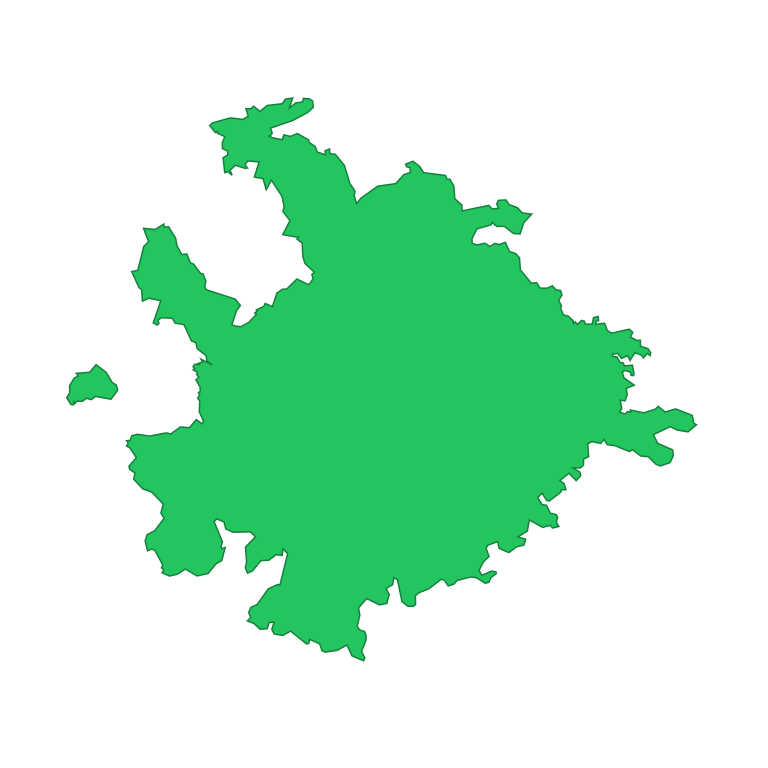 outline of Chiautla, Puebla, Mexico, rotated 5°
{"feature_id": "50627088B89573035265708", "entity_name": "Chiautla", "entity_type": "district", "adm_level": 2, "iso_a3": "MEX", "parent_name": "Mexico", "parent_adm1": "Puebla", "projection": "orthographic", "projection_center": [-98.6, 18.284], "detail": "fine", "context": "isolated", "style": "filled", "palette": "green", "viewbox_px": 768, "rotation_deg": 5, "n_neighbors": 0, "source": "geoboundaries", "source_scale": "gbopen_adm2", "svg_char_len": 6152}
<svg xmlns="http://www.w3.org/2000/svg" viewBox="0 0 768 768"><g transform="rotate(5 384 384)"><path d="M187.8,141.7L194.0,148.2L196.3,147.1L196.3,148.7L203.9,151.4L201.9,157.4L202.5,163.6L207.7,165.3L208.5,169.3L204.0,172.6L206.9,187.3L210.0,186.1L214.5,189.3L212.0,184.5L216.9,179.0L226.8,181.3L229.2,180.7L226.3,177.6L228.8,173.7L240.2,173.7L236.8,189.2L245.7,190.0L249.7,200.7L254.0,190.6L266.2,206.3L269.0,216.1L268.3,221.0L276.1,229.4L270.1,244.0L286.1,245.4L284.7,247.3L290.2,250.7L292.0,264.1L294.9,271.0L304.8,278.6L302.6,281.2L304.2,285.4L300.4,291.7L288.0,287.0L278.9,297.8L274.7,298.4L269.4,302.7L266.1,316.5L258.5,314.2L257.5,317.2L250.3,321.4L251.5,322.3L249.1,324.6L250.9,325.7L243.7,334.6L236.5,339.3L232.1,339.4L227.3,338.4L230.8,323.5L234.1,318.3L228.4,312.4L198.7,305.6L196.9,302.8L197.6,297.0L194.2,290.1L191.4,289.7L184.0,281.2L180.6,280.3L176.2,271.6L171.2,272.7L165.7,264.3L163.7,256.9L155.7,246.1L151.5,246.9L150.7,243.8L142.6,250.0L130.9,249.9L137.1,262.8L132.7,267.9L128.8,292.3L122.9,294.0L131.5,309.3L134.3,311.0L136.1,322.5L142.5,319.0L154.4,320.5L148.8,343.3L152.9,345.0L154.5,343.4L153.4,340.0L156.5,337.4L167.4,336.9L170.6,341.6L179.6,342.3L188.4,357.9L193.0,359.2L194.8,365.1L204.3,371.2L205.4,376.2L211.1,380.0L199.5,375.2L201.3,377.8L196.9,379.8L198.0,380.8L193.7,380.8L192.3,383.5L194.2,384.8L192.6,386.5L197.2,388.6L196.5,390.7L198.9,393.3L196.3,396.3L201.1,403.1L201.5,407.2L199.8,409.2L201.5,410.7L199.6,414.4L201.9,416.9L202.4,427.8L207.5,436.8L206.2,439.5L200.1,435.9L193.9,444.5L184.9,444.5L176.0,452.3L171.2,451.7L155.0,456.3L142.8,455.6L137.3,457.4L136.0,462.3L132.5,463.0L134.4,465.2L132.9,468.3L136.3,469.7L143.7,478.9L137.1,488.1L138.1,491.2L143.7,494.4L142.9,500.6L152.8,509.5L162.0,511.9L174.6,522.9L173.0,531.9L176.6,537.0L168.4,550.1L161.2,554.7L159.7,561.0L163.0,570.8L167.2,568.5L170.2,569.7L179.3,583.4L178.4,586.5L180.8,588.3L179.4,591.4L187.2,594.0L194.5,591.6L202.3,585.7L214.5,591.5L225.3,588.1L232.4,577.7L237.8,574.0L240.0,560.7L237.1,562.2L235.8,560.7L236.8,555.2L226.8,536.0L229.0,532.9L236.7,535.4L239.0,542.2L246.7,544.8L263.7,542.9L269.3,547.3L260.2,558.6L262.7,573.5L261.8,579.1L264.5,584.3L269.3,581.7L276.7,570.7L284.7,569.6L291.3,563.5L297.5,563.6L297.6,557.0L302.8,561.4L297.8,593.7L295.8,592.9L286.6,598.1L276.7,614.9L270.9,618.1L269.1,623.3L271.6,628.3L268.5,631.9L275.3,633.9L281.9,639.1L288.9,638.0L290.6,631.3L295.3,631.0L293.6,638.1L296.4,642.6L305.1,643.3L312.5,638.3L329.5,649.7L331.6,648.9L332.3,644.9L342.6,648.5L345.4,655.0L348.6,656.3L360.9,653.3L369.7,647.1L375.8,657.6L387.9,661.5L388.8,658.4L384.9,652.5L388.5,640.3L387.8,635.3L386.2,632.2L381.0,631.0L378.4,627.6L380.1,616.6L378.2,609.2L385.4,599.3L398.7,604.4L405.9,602.4L407.5,593.2L403.9,587.6L410.1,583.2L410.6,576.0L414.5,577.8L420.9,599.3L427.4,603.4L432.6,603.0L434.7,600.8L433.7,592.3L436.7,589.1L446.8,583.9L457.9,573.6L461.2,574.1L465.6,579.6L471.2,577.2L473.8,573.4L487.3,568.6L493.0,569.0L502.3,573.7L505.9,572.3L507.4,567.5L512.4,563.1L511.8,561.3L507.5,561.0L498.1,566.0L494.9,561.4L498.6,552.4L503.7,546.7L500.0,538.8L501.5,535.5L511.0,531.1L513.0,537.7L523.0,541.1L530.3,534.7L537.4,532.3L538.7,526.3L530.7,524.7L539.6,518.0L540.6,506.8L554.5,513.0L562.2,510.3L564.3,512.8L570.6,510.7L567.7,506.7L568.6,501.8L567.0,499.1L560.9,498.2L556.4,490.7L551.9,490.3L547.1,483.8L550.9,478.9L556.3,485.9L559.0,486.0L569.7,476.2L570.0,473.9L574.5,473.4L572.1,467.6L567.7,464.8L576.0,456.8L583.9,463.5L587.9,458.2L586.9,454.8L579.6,451.1L587.0,450.5L589.8,447.3L589.4,441.3L594.2,438.6L592.1,425.8L596.1,423.3L605.1,424.3L607.8,420.1L611.9,425.0L619.5,425.3L634.4,429.9L637.2,427.8L646.1,433.4L653.7,433.4L661.6,440.1L666.4,441.6L675.9,437.3L678.4,430.3L677.3,424.5L661.8,419.2L656.8,411.0L672.9,401.5L679.7,404.3L691.0,405.2L698.9,397.3L696.0,396.1L693.8,388.4L676.7,383.4L666.5,387.4L659.2,382.4L656.2,385.6L645.1,390.1L631.7,388.4L632.2,390.5L629.2,390.1L626.6,392.9L621.3,391.5L623.0,387.6L620.7,379.5L625.6,379.8L627.2,373.6L625.8,367.2L633.4,363.4L622.6,357.0L620.4,351.8L622.6,349.5L628.5,350.7L629.4,353.9L631.7,353.9L632.2,352.0L629.8,343.6L622.0,345.1L620.4,342.1L617.2,342.0L613.8,336.7L609.4,336.6L609.1,334.4L613.9,333.1L618.4,337.9L624.1,334.5L627.1,339.1L631.2,330.9L638.2,333.0L640.0,335.4L643.7,330.6L646.6,332.5L647.0,329.7L644.0,325.8L636.2,324.0L635.6,318.0L632.0,318.6L625.5,315.8L627.3,310.9L623.5,308.0L606.4,313.5L601.9,311.4L598.4,304.2L589.7,306.1L589.8,302.8L592.3,302.3L591.4,298.0L587.0,299.7L586.1,306.3L579.3,306.8L578.2,304.0L575.3,303.4L571.4,307.9L569.2,305.4L567.3,307.3L566.9,304.5L561.8,300.4L556.7,299.5L553.2,292.9L554.0,290.8L550.7,285.4L553.5,280.0L551.8,275.5L547.1,275.2L543.0,271.5L538.5,274.3L531.2,274.9L527.1,269.7L522.0,270.8L509.9,258.4L508.0,246.5L503.8,242.6L497.3,241.0L492.6,232.3L486.4,235.0L481.9,234.4L477.8,237.8L472.2,235.0L464.2,237.4L459.6,236.1L459.0,231.5L463.0,221.5L476.8,216.1L477.5,213.7L482.7,217.2L490.0,216.4L499.9,222.8L506.5,222.7L509.1,211.2L516.3,201.9L506.7,201.5L501.6,196.7L493.0,194.4L489.5,190.0L481.8,191.1L480.6,195.0L482.9,199.1L476.4,200.1L472.9,196.9L446.6,204.8L445.9,198.8L438.4,193.3L436.3,180.7L431.9,174.4L428.6,174.2L427.0,170.9L405.1,170.0L400.4,164.0L393.5,159.6L386.4,163.1L387.8,165.7L391.0,166.3L391.9,170.9L385.5,173.8L378.1,183.4L360.6,187.4L345.2,200.5L340.9,206.5L337.9,199.0L338.3,194.4L332.4,187.0L325.5,169.7L315.6,159.5L309.8,159.1L309.3,154.6L304.9,156.9L305.9,160.9L297.2,158.6L294.9,153.5L288.5,149.9L287.6,147.4L275.9,142.0L269.2,145.5L262.6,144.5L261.3,149.5L251.4,148.4L247.1,146.7L249.1,146.9L250.8,143.8L248.7,139.0L270.2,129.4L284.4,120.1L289.4,114.6L288.2,108.3L285.1,106.5L278.7,106.5L278.4,110.1L271.5,111.7L265.6,117.5L268.1,107.1L261.0,108.7L258.2,113.7L243.4,116.7L236.6,123.2L229.8,118.6L227.4,121.5L222.5,121.8L225.4,129.0L220.4,132.7L207.8,132.3L190.2,138.9L187.8,141.7ZM95.5,389.8L89.8,397.9L76.5,400.2L78.7,403.0L75.1,404.8L70.9,413.0L71.7,420.1L69.1,425.3L74.0,431.8L76.7,431.7L76.9,428.8L78.0,430.1L79.6,427.9L85.3,427.5L88.6,424.2L93.9,425.1L97.6,421.5L113.3,423.0L119.3,413.5L117.4,408.4L113.1,406.2L106.3,396.7L95.5,389.8Z" fill="#22c55e" stroke="#15803d" stroke-width="1.5"/></g></svg>